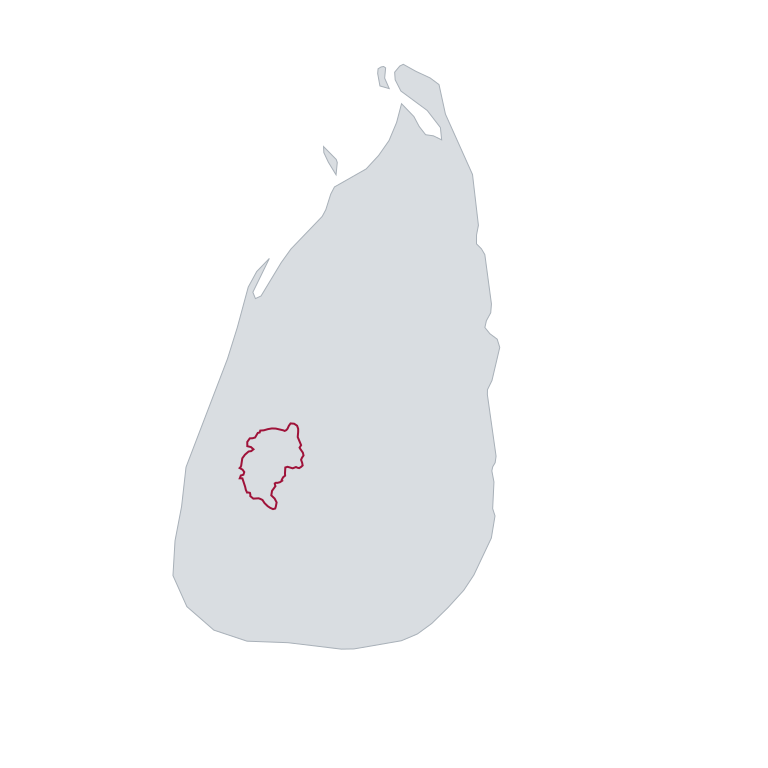 Sri Lanka, with Kægalla highlighted, rotated 26°
{"feature_id": "LKA-2469", "entity_name": "Kægalla", "entity_type": "District", "adm_level": 1, "iso_a3": "LKA", "parent_name": "Sri Lanka", "parent_adm1": "", "projection": "mercator", "projection_center": [80.358, 7.113], "detail": "fine", "context": "in_parent", "style": "outline", "palette": "rose", "viewbox_px": 768, "rotation_deg": 26, "n_neighbors": 0, "source": "natural_earth", "source_scale": "10m", "svg_char_len": 2392}
<svg xmlns="http://www.w3.org/2000/svg" viewBox="0 0 768 768"><g transform="rotate(26 384 384)"><path d="M261.2,88.2L275.7,89.0L291.3,88.7L302.2,90.8L320.9,114.5L371.7,156.9L399.3,200.0L401.8,209.4L405.7,217.5L412.3,219.8L417.9,223.5L445.5,265.0L448.7,273.2L448.3,282.3L449.9,289.0L457.1,292.4L466.1,294.1L472.0,300.4L479.5,333.5L479.5,343.8L481.6,348.3L516.4,399.8L518.4,406.0L518.0,410.7L519.0,414.8L525.8,423.9L536.3,448.4L541.6,453.9L548.0,475.4L548.5,516.3L546.1,534.5L539.6,556.7L531.9,578.3L523.6,594.0L512.1,607.2L473.1,635.3L461.9,641.0L411.1,658.6L373.6,675.2L339.0,679.8L304.4,670.5L278.3,648.7L264.9,616.5L255.8,582.9L242.5,545.5L232.3,430.0L227.4,397.6L219.5,356.4L220.3,338.6L225.9,321.4L225.9,359.0L231.0,363.6L234.9,358.8L238.4,319.9L241.2,303.4L255.0,260.5L255.3,252.9L252.9,236.7L253.1,228.6L273.7,198.5L279.0,180.9L281.8,163.0L280.7,143.5L276.9,124.4L293.6,130.5L302.7,137.1L312.1,141.7L319.6,139.3L328.8,139.3L322.3,128.8L302.9,119.2L270.8,113.3L260.7,105.7L256.9,99.1L258.8,91.3L261.2,88.2ZM244.9,205.4L249.2,217.0L236.7,209.0L228.5,202.4L225.6,197.1L242.6,203.1L244.9,205.4ZM259.2,116.2L249.7,117.9L242.2,107.7L240.5,103.3L242.4,100.3L244.5,98.8L246.9,99.2L250.5,108.8L259.2,116.2Z" fill="#d9dde1" stroke="#a8b0b8" stroke-width="1"/><path d="M308.5,541.6L306.2,539.7L304.3,537.3L298.1,530.9L295.7,532.0L295.6,530.5L295.4,529.0L297.4,527.2L297.0,524.4L294.4,523.0L291.1,522.8L291.5,521.6L291.5,520.2L289.2,512.9L290.0,508.5L291.9,504.0L294.1,502.5L295.3,499.9L292.1,499.0L288.4,499.8L286.5,496.0L287.2,491.7L289.6,490.4L291.6,488.6L292.0,483.3L293.5,482.1L293.2,480.1L296.3,478.3L299.4,475.5L302.7,473.1L306.3,471.5L313.7,469.8L315.3,469.7L316.4,468.3L316.9,466.5L316.8,463.3L317.3,460.4L320.6,459.1L324.2,459.6L326.5,461.9L327.9,464.8L329.7,469.5L336.3,475.3L336.0,478.2L337.3,479.1L341.2,481.3L343.0,483.5L342.6,486.2L342.7,488.5L344.9,490.6L346.6,492.9L345.8,494.9L344.6,496.8L342.9,497.2L341.3,497.2L338.9,499.8L333.6,500.7L331.9,502.3L334.2,507.8L335.3,509.7L334.2,512.1L334.1,515.1L334.3,515.6L334.8,515.7L333.5,517.9L331.4,519.7L330.2,520.1L329.4,521.3L330.2,522.4L331.2,523.4L330.2,529.1L331.5,533.5L335.9,534.9L339.4,537.5L340.5,541.6L340.8,543.6L339.1,545.1L336.0,545.2L333.0,544.8L328.8,543.4L325.6,541.5L323.3,541.5L321.4,541.7L316.8,544.3L313.0,543.4L312.3,541.9L311.2,540.6L309.6,541.0L308.5,541.6Z" fill="none" stroke="#9f1239" stroke-width="2"/></g></svg>